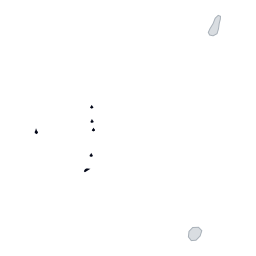 Maldives, with Alifu Dhaalu highlighted
{"feature_id": "MDV-5232", "entity_name": "Alifu Dhaalu", "entity_type": "Atoll", "adm_level": 1, "iso_a3": "MDV", "parent_name": "Maldives", "parent_adm1": "", "projection": "orthographic", "projection_center": [72.869, 3.67], "detail": "coarse", "context": "in_parent", "style": "filled", "palette": "ink", "viewbox_px": 256, "rotation_deg": 0, "n_neighbors": 0, "source": "natural_earth", "source_scale": "10m", "svg_char_len": 990}
<svg xmlns="http://www.w3.org/2000/svg" viewBox="0 0 256 256"><path d="M217.0,33.7L213.1,35.8L209.6,35.0L208.3,32.4L210.1,28.5L213.1,23.6L215.2,18.2L218.2,15.4L220.5,16.3L220.3,19.3L219.2,23.5L218.5,28.8L217.0,33.7ZM196.0,240.2L191.3,240.6L188.4,236.9L189.0,231.4L192.7,227.5L198.5,227.3L201.8,230.7L200.1,236.0L196.0,240.2Z" fill="#d9dde1" stroke="#a8b0b8" stroke-width="1"/><path d="M88.2,169.3L84.5,171.6L85.4,170.0L86.3,169.3L87.3,169.2L88.2,169.3ZM36.1,130.6L36.4,131.4L37.0,131.9L37.2,132.4L36.6,133.2L35.5,132.6L35.5,131.9L35.9,131.3L36.1,130.6ZM93.5,129.1L93.8,129.6L94.2,129.9L94.2,130.2L93.4,130.6L92.7,130.2L92.8,129.9L93.2,129.6L93.5,129.1ZM91.2,154.5L91.4,155.0L91.9,155.3L92.0,155.7L91.1,156.1L90.4,155.7L90.5,155.3L90.9,155.0L91.2,154.5ZM91.7,106.3L92.0,106.8L92.4,107.1L92.5,107.4L91.6,107.8L91.0,107.4L91.7,106.3ZM92.0,120.6L92.3,121.1L92.7,121.4L92.8,121.7L91.9,122.1L91.3,121.8L91.4,121.4L91.8,121.1L92.0,120.6Z" fill="#0f172a" stroke="#020617" stroke-width="1.5"/></svg>